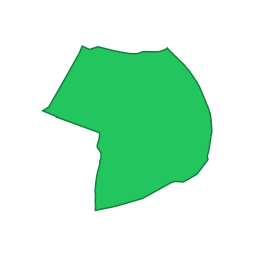 outline of Al Jubah, Ma'rib, Yemen, rotated 20°
{"feature_id": "15242507B63276008506059", "entity_name": "Al Jubah", "entity_type": "district", "adm_level": 2, "iso_a3": "YEM", "parent_name": "Yemen", "parent_adm1": "Ma'rib", "projection": "mercator", "projection_center": [45.32, 15.139], "detail": "fine", "context": "isolated", "style": "filled", "palette": "green", "viewbox_px": 256, "rotation_deg": 20, "n_neighbors": 0, "source": "geoboundaries", "source_scale": "gbopen_adm2", "svg_char_len": 3099}
<svg xmlns="http://www.w3.org/2000/svg" viewBox="0 0 256 256"><g transform="rotate(20 128 128)"><path d="M42.0,141.0L48.2,141.3L57.1,141.6L56.9,142.2L102.5,142.2L103.1,143.0L103.6,143.9L103.9,144.9L104.1,145.9L104.4,147.0L104.6,148.0L104.7,149.0L104.7,149.4L104.7,150.0L104.7,151.0L104.8,152.1L104.9,153.2L105.0,154.2L105.1,155.2L105.5,156.1L106.1,157.0L106.8,157.6L107.7,158.1L108.6,158.7L109.4,159.3L109.7,159.6L110.2,160.0L111.1,160.8L111.6,161.6L112.0,162.6L112.3,163.6L112.5,164.7L112.8,165.7L112.9,166.9L112.9,167.9L112.9,168.9L113.2,169.8L113.5,170.8L113.8,172.0L113.9,173.0L114.1,174.0L114.2,175.1L114.2,176.1L114.3,177.2L114.4,178.3L114.5,179.5L114.6,180.5L114.8,181.5L114.9,182.6L115.1,183.8L115.2,184.8L115.5,186.0L115.8,187.0L116.0,188.2L116.3,189.3L116.5,190.4L116.7,191.4L116.8,191.7L116.9,192.3L117.2,193.3L117.5,194.2L117.8,195.3L118.0,196.3L118.3,197.3L118.6,198.3L119.0,199.3L119.4,200.2L119.8,201.1L120.2,202.0L120.3,202.2L120.6,202.9L121.0,203.6L122.1,207.8L122.5,208.6L123.0,209.6L123.4,210.2L125.5,216.6L141.3,206.9L143.5,205.5L165.8,189.2L170.2,184.1L187.2,164.6L190.5,162.1L198.6,159.7L198.9,159.3L202.0,155.7L205.2,151.9L208.6,147.8L211.5,138.4L214.0,130.3L213.7,129.9L213.0,129.1L212.5,128.2L212.1,127.2L212.0,126.2L211.9,125.1L211.9,123.9L211.8,122.8L211.5,121.6L211.4,120.6L211.2,119.6L211.0,118.6L210.9,117.6L210.7,116.6L210.5,115.6L210.2,114.5L210.0,113.2L209.8,112.2L209.7,111.2L209.4,110.2L209.1,109.1L208.9,108.1L208.7,107.1L208.6,106.0L208.5,104.9L208.3,104.0L208.0,102.9L207.6,101.7L207.2,100.7L206.7,99.6L206.3,98.7L205.9,97.7L205.4,96.8L205.0,95.8L204.5,94.7L204.0,93.7L203.5,92.5L203.0,91.5L202.4,90.3L201.8,89.1L201.3,88.0L200.7,87.1L200.0,86.1L199.4,85.3L198.6,84.1L197.7,83.0L196.9,82.0L196.1,81.2L195.5,80.5L194.8,79.7L194.1,79.0L193.4,78.3L192.7,77.4L191.8,76.5L191.0,75.5L190.5,75.0L190.1,74.4L189.1,73.5L188.5,72.8L187.7,72.0L187.0,71.3L186.4,70.5L185.6,69.7L184.9,69.0L184.2,68.3L183.4,67.4L182.5,66.4L181.7,65.5L180.8,64.7L179.9,63.9L178.9,63.1L178.1,62.3L177.5,61.8L177.2,61.5L176.4,60.9L175.6,60.4L174.4,59.5L173.4,58.8L172.6,58.1L171.7,57.5L170.9,56.9L169.7,56.0L168.9,55.4L168.0,54.9L167.2,54.3L166.1,53.6L165.3,53.0L164.4,52.5L163.2,51.9L162.0,51.2L161.2,50.7L160.3,50.2L159.3,49.6L158.3,49.1L157.3,48.6L156.2,48.1L155.3,47.7L154.1,47.3L153.1,46.8L151.9,46.3L151.0,45.8L150.0,45.3L149.1,44.9L147.9,44.4L146.9,44.0L146.1,43.6L144.8,43.0L143.8,42.5L142.9,42.1L141.9,41.7L140.9,41.2L140.1,40.8L139.2,40.4L138.2,39.9L137.6,39.4L137.1,40.3L136.4,41.1L135.6,41.9L134.9,42.5L134.1,43.2L133.4,43.9L132.6,44.6L131.8,45.1L130.8,45.7L129.9,46.1L128.9,46.5L128.0,46.9L127.0,47.3L126.0,47.6L124.9,48.0L123.9,48.3L122.9,48.7L121.8,49.1L120.8,49.4L119.9,49.7L119.0,50.0L118.0,50.3L116.9,50.7L116.1,51.2L115.4,51.6L115.0,51.9L114.1,52.6L113.4,53.3L112.7,54.0L112.3,54.4L111.2,54.9L108.4,56.1L104.8,57.3L99.9,58.3L91.2,59.8L86.0,60.5L82.1,60.9L76.0,61.5L73.0,61.8L71.6,62.2L70.3,63.2L64.9,67.4L58.2,66.8L57.0,66.7L56.7,73.8L54.9,84.9L52.2,101.5L52.0,102.5L49.7,116.2L47.8,127.1L46.4,135.3L42.0,141.0Z" fill="#22c55e" stroke="#15803d" stroke-width="1.5"/></g></svg>